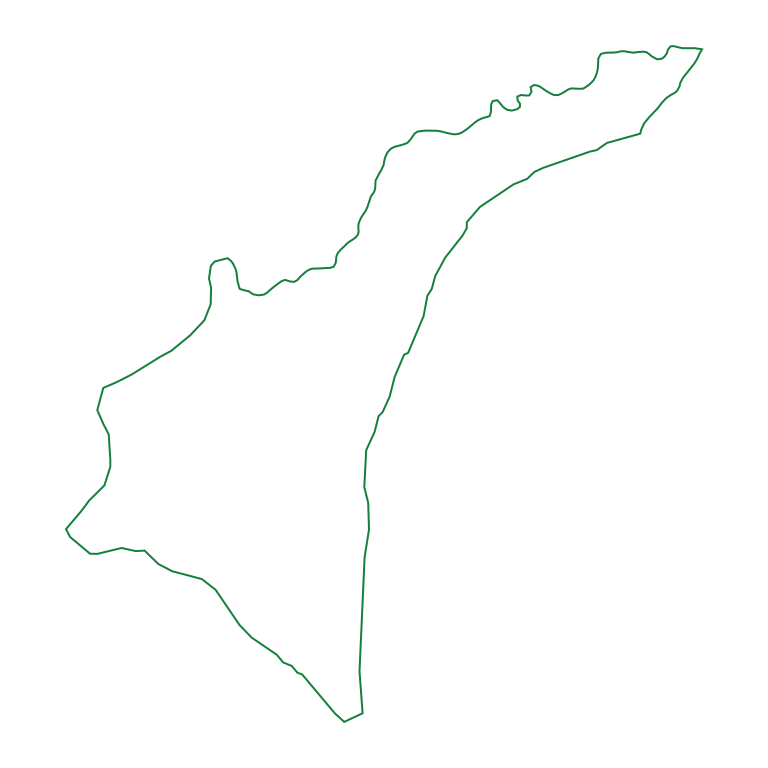 outline of Chimaltenango, Chimaltenango, Guatemala
{"feature_id": "79465075B80074787415799", "entity_name": "Chimaltenango", "entity_type": "district", "adm_level": 2, "iso_a3": "GTM", "parent_name": "Guatemala", "parent_adm1": "Chimaltenango", "projection": "mercator", "projection_center": [-90.802, 14.686], "detail": "fine", "context": "isolated", "style": "outline", "palette": "green", "viewbox_px": 768, "rotation_deg": 0, "n_neighbors": 0, "source": "geoboundaries", "source_scale": "gbopen_adm2", "svg_char_len": 3119}
<svg xmlns="http://www.w3.org/2000/svg" viewBox="0 0 768 768"><path d="M702.0,49.3L694.8,48.2L687.2,48.2L682.5,48.2L678.4,47.3L673.5,46.1L670.7,46.3L668.1,49.4L666.7,53.5L664.6,56.6L661.7,58.8L657.2,59.3L651.8,56.4L649.3,54.2L646.3,52.1L643.3,51.7L638.2,52.0L633.6,52.7L628.5,52.0L624.2,51.2L620.1,51.4L617.5,52.2L612.9,52.6L609.6,52.6L604.8,52.9L600.8,54.0L598.3,58.6L598.1,65.0L597.7,69.3L596.6,73.7L595.1,77.5L593.5,80.3L591.6,82.4L589.1,84.7L586.0,86.9L583.2,88.6L579.5,88.8L575.0,88.6L571.2,88.4L568.4,89.4L564.8,91.6L562.1,93.3L558.1,95.1L554.0,95.0L551.2,93.8L546.6,91.2L541.9,88.0L539.7,86.5L537.1,85.5L534.0,85.0L530.6,87.2L531.5,91.7L529.3,95.4L525.6,95.5L521.0,95.0L517.3,96.6L517.7,100.7L519.9,103.5L520.0,106.8L517.2,109.2L511.7,110.6L507.1,109.8L503.1,107.0L500.2,103.4L497.3,100.2L492.7,101.1L491.3,104.1L491.0,106.8L491.1,111.3L489.7,116.0L485.9,117.3L482.6,118.1L478.0,120.3L475.0,122.4L470.5,126.2L467.2,128.9L462.2,132.3L459.7,133.5L455.9,134.3L452.1,134.1L446.0,132.7L440.6,131.3L437.0,130.8L432.5,130.7L428.1,130.6L424.8,130.7L420.5,131.1L417.3,131.7L414.6,133.6L412.9,136.0L410.6,139.4L407.4,142.9L404.4,144.1L399.2,145.6L394.0,147.0L390.6,148.9L387.5,152.4L385.3,156.9L384.6,159.5L384.0,162.4L383.5,165.1L381.4,169.9L379.8,172.5L375.6,180.4L375.3,186.1L375.1,189.2L373.9,192.3L370.9,196.4L369.6,200.4L368.7,203.2L367.4,207.0L365.9,210.5L363.9,213.4L361.1,217.6L359.5,221.2L358.5,224.2L358.3,226.9L358.6,231.7L358.0,234.5L356.0,237.1L352.6,239.7L349.6,241.5L346.9,243.6L344.4,246.2L341.1,249.2L337.7,253.2L336.4,256.5L335.8,262.7L333.6,266.8L330.0,267.9L321.7,268.3L317.4,268.5L312.6,268.6L310.1,269.3L307.2,270.8L305.0,272.5L300.7,276.3L297.3,280.1L294.0,281.9L289.7,281.4L285.2,279.9L281.7,281.1L278.6,283.3L274.2,286.6L271.7,288.6L269.3,290.6L267.1,292.7L263.9,294.6L258.6,295.3L253.5,294.4L251.0,292.9L248.6,291.2L244.6,290.4L239.7,288.9L237.5,281.2L236.5,272.3L235.5,268.8L232.9,263.4L231.0,261.0L227.6,258.2L214.7,261.5L210.9,265.8L209.0,278.4L211.1,287.8L210.7,304.2L204.4,320.2L190.2,335.3L171.0,351.0L159.8,357.0L131.5,374.6L116.3,382.3L103.3,387.9L97.3,410.1L103.4,424.1L108.7,434.3L110.3,459.5L110.3,466.9L104.4,485.4L89.2,500.5L81.1,511.3L66.0,529.1L70.1,537.0L90.0,553.7L97.3,553.9L121.5,548.0L135.9,551.1L144.6,550.6L158.3,564.0L172.1,571.2L201.9,579.1L215.6,589.8L239.5,625.0L251.9,637.8L276.7,654.7L283.3,662.5L291.7,665.9L297.4,672.7L302.1,674.4L335.0,713.5L344.2,721.9L362.6,713.2L359.5,671.4L364.6,557.3L369.0,529.6L368.2,502.9L364.3,487.1L366.2,450.2L374.6,431.9L378.6,416.1L382.7,412.0L389.7,396.5L394.6,377.1L404.1,354.7L408.1,352.9L423.6,316.1L427.4,295.9L431.8,288.8L435.2,276.1L445.2,257.6L462.6,235.5L466.8,228.1L466.8,222.2L480.0,206.9L513.5,184.4L527.1,178.9L534.4,171.9L543.3,167.8L589.9,151.6L596.7,150.1L607.0,142.9L640.2,133.7L641.2,129.8L643.0,125.7L644.6,122.7L649.2,117.2L653.8,112.3L657.1,109.0L659.7,105.6L662.3,102.3L664.6,99.9L666.8,97.7L670.7,95.0L674.2,93.2L677.1,90.9L679.6,86.2L680.2,83.1L682.7,78.2L685.1,75.1L687.2,72.6L690.2,68.7L692.5,65.8L694.2,63.6L695.8,61.2L697.8,57.5L699.5,53.7L702.0,49.3Z" fill="none" stroke="#15803d" stroke-width="2"/></svg>